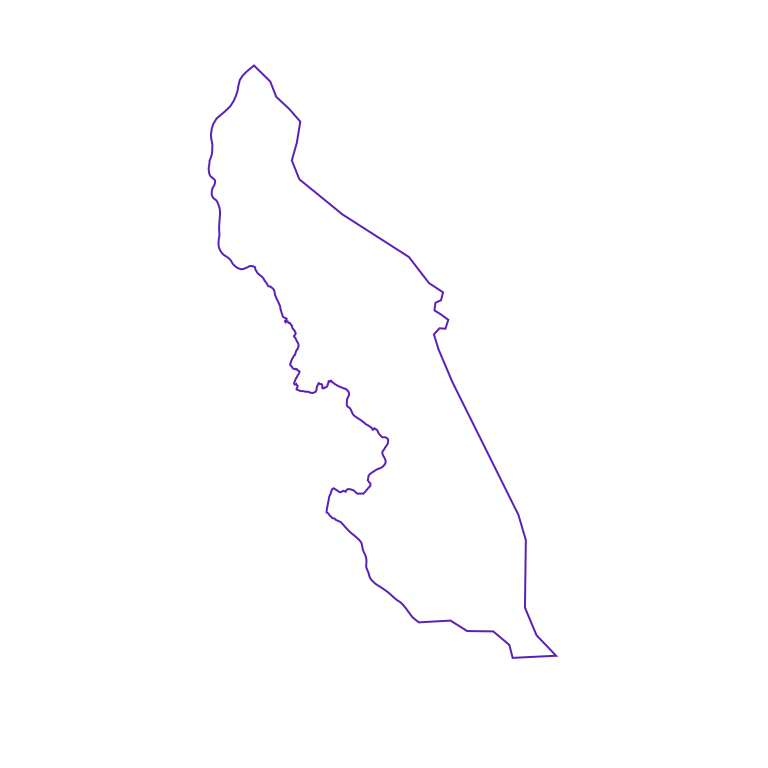 Ouango, Mbomou, Central African Republic (Robinson projection), rotated 130°
{"feature_id": "33826404B65142748169152", "entity_name": "Ouango", "entity_type": "district", "adm_level": 2, "iso_a3": "CAF", "parent_name": "Central African Republic", "parent_adm1": "Mbomou", "projection": "robinson", "projection_center": [22.589, 4.437], "detail": "fine", "context": "isolated", "style": "outline", "palette": "violet", "viewbox_px": 768, "rotation_deg": 130, "n_neighbors": 0, "source": "geoboundaries", "source_scale": "gbopen_adm2", "svg_char_len": 5574}
<svg xmlns="http://www.w3.org/2000/svg" viewBox="0 0 768 768"><g transform="rotate(130 384 384)"><path d="M481.6,77.5L480.2,89.3L478.5,105.5L464.7,132.3L412.4,175.0L397.8,197.0L338.5,333.0L322.5,364.3L314.0,377.6L305.6,377.3L302.2,372.5L293.5,376.0L294.1,385.0L295.2,392.6L288.7,396.8L283.1,394.2L275.8,397.7L277.8,414.3L270.7,446.5L280.8,524.7L281.6,580.4L272.0,598.3L255.3,605.8L236.8,616.8L234.2,633.7L233.3,651.1L225.4,665.6L223.6,688.3L232.7,690.0L239.2,690.5L244.0,689.8L248.8,687.4L253.5,684.7L258.0,682.8L264.1,681.0L270.4,680.3L278.5,681.2L282.3,681.9L288.2,682.9L294.7,681.9L299.4,679.9L304.3,676.8L307.4,673.8L309.3,671.2L311.1,669.2L314.1,666.8L317.8,664.0L320.6,662.7L322.4,662.0L324.1,661.5L325.1,661.1L328.0,659.0L330.6,657.5L332.0,656.5L333.4,655.1L334.9,653.4L335.9,651.8L336.4,650.1L336.4,648.7L336.3,647.4L336.3,646.1L336.6,644.5L337.4,643.5L339.2,642.4L341.2,641.7L342.8,641.5L344.1,641.3L345.6,640.6L347.8,639.3L349.5,637.8L350.6,636.2L351.2,634.7L351.3,633.2L351.1,631.7L351.2,630.5L351.6,628.9L353.1,626.0L354.9,623.1L357.3,620.4L360.1,618.1L362.8,616.3L368.9,611.9L372.2,609.1L374.4,606.9L376.1,605.5L377.4,604.7L378.9,603.9L380.1,603.0L382.1,601.6L384.1,599.9L385.8,597.7L387.0,595.4L387.9,592.2L388.1,589.4L387.6,586.5L387.5,583.8L387.8,580.8L389.2,577.0L389.5,573.4L389.3,570.9L388.0,567.4L386.4,565.7L384.5,564.7L382.4,563.6L380.2,562.8L379.0,561.6L378.2,560.4L377.4,558.1L379.0,556.0L379.8,553.6L380.3,552.3L380.4,550.7L380.4,548.8L380.2,546.6L380.7,543.8L381.4,542.4L381.7,541.3L382.3,538.6L383.5,535.5L382.4,533.6L382.3,531.2L382.6,528.7L384.2,526.6L385.9,524.5L387.9,520.6L389.5,517.0L391.3,513.5L393.2,511.3L395.4,508.0L396.2,506.6L396.9,505.7L397.4,504.7L397.3,503.2L397.0,502.4L396.7,501.3L396.6,500.5L397.0,500.3L398.4,500.1L398.8,500.0L399.2,500.3L399.5,500.3L400.0,499.0L399.0,498.8L398.1,498.5L397.9,498.1L398.4,497.0L398.5,496.4L398.1,495.8L397.7,495.4L397.8,495.0L398.3,493.9L398.4,492.7L398.6,491.7L399.8,490.6L400.3,489.1L400.5,487.3L401.0,486.1L401.6,484.7L402.1,484.1L403.5,483.8L405.1,483.8L405.4,483.5L405.6,483.2L405.6,482.8L405.6,481.8L406.2,480.4L407.1,478.7L407.4,478.0L407.5,477.0L408.2,475.8L409.0,474.5L410.3,473.6L411.8,473.0L412.8,472.9L413.2,472.6L413.8,472.7L414.5,472.6L415.2,472.6L415.7,472.3L416.5,472.0L417.9,471.3L419.3,470.9L420.0,471.1L421.2,471.0L422.3,470.6L423.4,470.6L424.2,470.4L426.3,469.7L427.1,469.3L427.4,469.1L428.7,468.9L429.8,468.0L429.9,466.1L430.5,464.4L430.5,463.9L430.2,461.9L429.8,461.6L429.1,461.4L429.0,460.8L428.6,460.2L429.2,459.0L428.8,458.4L428.6,457.8L428.7,456.9L428.9,456.5L429.2,456.3L429.8,456.2L430.9,455.8L432.8,455.7L434.6,455.2L436.1,455.0L437.3,454.8L438.7,454.2L439.9,453.9L440.9,453.5L441.6,452.9L441.8,452.2L441.6,451.7L441.2,451.4L440.4,451.2L440.8,450.6L440.9,450.2L440.8,449.6L440.8,449.1L441.1,448.8L442.6,448.2L444.1,447.8L444.4,447.4L443.8,445.9L443.5,444.4L442.4,442.7L441.1,440.8L440.1,438.7L439.1,437.9L438.9,437.3L438.2,435.8L438.0,434.7L436.7,432.8L435.7,432.2L434.6,431.7L434.2,431.4L432.9,431.6L432.1,431.8L431.2,432.5L430.0,433.1L429.3,433.7L427.9,433.9L426.1,434.5L425.4,434.6L425.1,434.2L425.3,433.2L425.0,432.7L424.3,431.9L424.3,431.3L424.5,430.8L424.7,430.4L425.8,429.4L426.4,429.0L426.8,428.6L426.7,428.3L426.1,427.4L425.4,427.1L425.1,427.3L424.7,427.1L424.3,426.6L423.8,426.4L422.8,426.1L422.3,426.0L421.2,426.5L420.1,426.8L418.9,427.5L418.5,427.6L417.4,428.2L417.2,427.8L417.0,426.9L416.3,426.9L415.7,427.0L415.4,426.6L415.8,425.4L415.7,422.5L415.6,421.5L415.0,417.7L412.7,410.6L412.3,410.1L412.5,407.4L413.0,405.6L414.0,404.4L415.5,403.5L419.3,402.6L422.6,400.2L423.9,399.1L424.5,398.2L424.7,397.2L424.6,396.3L424.5,395.3L424.5,394.3L425.2,392.4L426.5,389.9L427.2,388.2L427.4,386.9L427.4,385.3L427.2,383.1L426.6,378.6L426.4,374.9L426.4,371.5L425.9,369.4L425.7,366.7L425.5,366.0L425.6,365.4L425.9,364.2L426.3,363.5L426.3,363.1L425.7,362.9L424.9,363.0L424.0,362.8L424.0,361.3L423.8,360.6L423.7,359.9L424.7,357.4L425.2,356.3L425.5,355.1L425.7,353.4L425.9,351.8L425.8,351.0L425.0,349.9L424.1,348.9L423.7,347.9L423.6,345.7L424.5,344.6L427.0,342.9L429.8,342.4L432.0,342.3L433.8,341.9L435.4,341.9L437.3,341.5L438.4,340.3L439.2,339.2L440.5,335.5L441.5,333.8L443.1,332.3L444.8,331.8L447.3,331.7L449.6,332.2L452.2,333.5L454.4,334.7L456.3,335.3L458.6,336.0L460.0,336.4L462.1,336.9L464.2,336.9L465.5,336.0L468.1,334.6L468.7,332.8L469.0,330.5L470.7,329.0L474.6,329.2L477.9,329.1L481.2,329.3L485.2,334.1L485.1,336.5L485.0,338.9L486.0,341.4L487.2,343.7L488.6,344.4L490.3,344.4L490.9,344.1L491.3,344.3L491.6,345.6L491.9,346.5L493.0,346.9L494.4,347.4L495.0,347.9L495.5,349.2L495.6,350.9L496.2,355.5L497.3,356.0L500.0,355.5L502.1,354.4L504.0,354.0L506.5,353.1L508.4,351.8L511.3,350.3L511.8,350.0L517.8,346.6L519.3,345.4L519.0,343.4L519.4,341.9L519.7,340.5L519.7,338.7L520.0,337.3L519.2,336.0L518.8,335.3L519.1,333.8L518.3,330.9L517.8,329.4L517.6,327.8L518.2,323.6L519.1,317.1L519.3,313.6L519.2,310.8L519.2,306.4L519.3,303.9L519.6,301.5L520.0,300.0L520.5,298.7L524.2,294.1L525.4,292.2L526.2,290.4L527.0,288.6L528.2,286.6L529.1,285.4L530.6,283.9L532.5,282.4L534.6,280.9L535.6,280.0L536.2,279.1L537.4,276.8L538.9,274.0L540.8,271.4L541.4,270.2L541.9,268.9L542.2,267.4L542.3,266.0L542.5,263.7L542.5,262.3L542.4,260.4L542.1,258.4L541.6,254.8L541.3,251.7L541.0,248.3L541.0,244.9L541.1,241.8L541.2,239.0L541.2,235.4L540.7,231.3L540.9,227.5L541.8,222.9L542.9,218.5L543.9,214.4L544.2,213.0L544.4,211.5L544.4,209.4L544.3,207.2L544.2,204.1L522.5,181.0L519.8,161.5L503.3,141.3L503.3,120.3L511.1,109.4L484.5,80.7L481.6,77.5Z" fill="none" stroke="#5b21b6" stroke-width="2"/></g></svg>